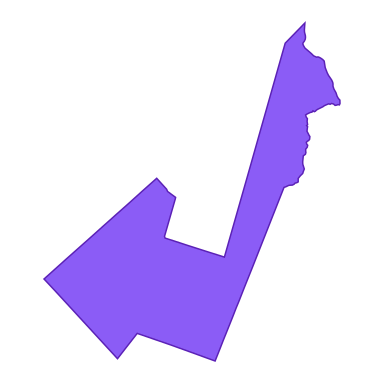 the district of Ouro Preto do Oeste, Rondônia, Brazil
{"feature_id": "56859067B7033309117627", "entity_name": "Ouro Preto do Oeste", "entity_type": "district", "adm_level": 2, "iso_a3": "BRA", "parent_name": "Brazil", "parent_adm1": "Rondônia", "projection": "orthographic", "projection_center": [-62.001, -10.509], "detail": "fine", "context": "isolated", "style": "filled", "palette": "violet", "viewbox_px": 384, "rotation_deg": 0, "n_neighbors": 0, "source": "geoboundaries", "source_scale": "gbopen_adm2", "svg_char_len": 1700}
<svg xmlns="http://www.w3.org/2000/svg" viewBox="0 0 384 384"><path d="M44.0,279.0L54.5,290.2L117.5,358.7L126.5,347.1L137.2,333.4L171.2,345.1L215.1,361.0L220.2,348.2L223.4,340.0L226.4,332.6L232.6,317.1L236.1,308.1L238.8,301.6L244.1,288.1L252.8,266.4L258.6,251.7L284.0,187.4L285.8,186.8L288.7,185.4L290.2,185.2L292.3,185.1L294.0,184.3L295.1,183.1L296.8,182.7L298.2,181.9L298.2,178.4L300.4,175.7L302.7,173.5L303.4,171.3L304.3,169.0L302.8,164.2L302.7,161.8L303.3,155.8L305.4,154.3L305.9,152.6L305.7,151.0L305.7,149.2L307.2,147.3L307.7,145.2L306.8,144.3L306.3,142.3L307.4,141.2L308.6,140.6L309.6,139.3L309.9,136.5L309.0,135.2L308.4,133.9L307.0,131.3L307.3,128.4L307.6,126.6L306.6,125.6L307.6,124.6L307.1,121.4L307.4,118.7L306.2,117.0L305.6,115.0L307.1,114.0L310.2,112.5L312.0,112.1L313.0,110.8L314.2,111.7L315.4,111.2L316.3,110.2L317.5,109.4L322.8,106.8L324.5,105.6L326.8,104.6L328.8,103.8L330.1,104.3L331.6,103.5L333.5,104.0L335.1,105.4L336.7,105.1L338.0,104.6L339.4,104.9L340.0,103.5L339.9,100.1L338.4,98.5L337.1,96.2L336.0,92.8L333.9,89.0L333.0,86.2L333.0,83.9L332.7,82.3L331.6,79.9L328.5,75.4L327.2,72.8L325.2,67.6L324.2,61.1L322.7,59.5L321.0,58.3L319.6,57.5L318.0,56.9L316.6,57.2L313.6,55.8L311.5,53.7L305.0,48.1L303.7,46.0L302.8,43.9L303.2,42.7L304.4,41.1L305.3,39.1L305.5,37.3L305.4,35.7L304.5,32.1L304.4,29.9L304.9,23.0L303.5,24.4L285.2,43.2L260.3,130.9L250.3,166.3L224.4,257.1L208.9,252.2L194.5,247.6L187.0,245.2L179.4,242.7L165.1,238.1L164.5,236.4L175.3,198.9L175.6,197.4L167.6,191.5L166.6,189.2L156.7,178.3L142.2,191.2L127.7,204.3L116.4,214.3L110.5,219.6L103.2,226.1L91.4,236.7L77.0,249.5L65.5,259.7L59.6,265.0L54.7,269.4L44.0,279.0Z" fill="#8b5cf6" stroke="#5b21b6" stroke-width="1.5"/></svg>